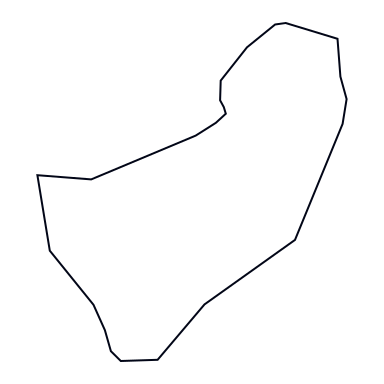 the border of Luce
{"feature_id": "SVN-210", "entity_name": "Luce", "entity_type": "Municipality", "adm_level": 1, "iso_a3": "SVN", "parent_name": "Slovenia", "parent_adm1": "", "projection": "natural_earth1", "projection_center": [14.735, 46.359], "detail": "fine", "context": "isolated", "style": "outline", "palette": "ink", "viewbox_px": 384, "rotation_deg": 0, "n_neighbors": 0, "source": "natural_earth", "source_scale": "10m", "svg_char_len": 403}
<svg xmlns="http://www.w3.org/2000/svg" viewBox="0 0 384 384"><path d="M337.5,38.8L340.4,76.6L346.6,99.1L342.6,123.9L295.0,239.9L204.5,304.4L157.6,359.8L120.8,361.0L110.9,351.2L104.9,330.2L93.5,304.8L49.8,250.7L37.4,175.2L91.2,179.4L195.7,135.6L215.9,122.8L225.8,113.7L223.8,107.1L220.1,100.3L220.7,80.6L247.0,47.3L275.1,24.5L285.6,23.0L337.5,38.8Z" fill="none" stroke="#020617" stroke-width="2"/></svg>